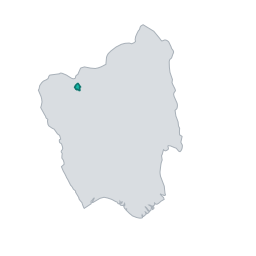 location of Birnin Magaji-Kiyaw, Zamfara, Nigeria, rotated 330°
{"feature_id": "59680162B42162352171568", "entity_name": "Birnin Magaji-Kiyaw", "entity_type": "district", "adm_level": 2, "iso_a3": "NGA", "parent_name": "Nigeria", "parent_adm1": "Zamfara", "projection": "equal_earth", "projection_center": [6.819, 12.47], "detail": "fine", "context": "in_parent", "style": "filled", "palette": "teal", "viewbox_px": 256, "rotation_deg": 330, "n_neighbors": 0, "source": "geoboundaries", "source_scale": "gbopen_adm2", "svg_char_len": 4520}
<svg xmlns="http://www.w3.org/2000/svg" viewBox="0 0 256 256"><g transform="rotate(330 128 128)"><path d="M192.7,46.1L198.7,57.1L200.1,65.3L200.6,69.3L201.6,69.8L203.5,70.0L204.8,70.8L205.7,72.1L206.2,73.4L206.3,74.1L205.9,79.1L205.5,80.8L205.8,83.3L205.7,84.3L205.5,85.0L204.7,85.8L203.6,86.6L200.9,89.0L200.1,89.3L199.0,89.4L198.0,89.9L196.8,91.2L194.3,95.9L192.2,100.7L190.7,108.3L188.8,110.7L188.5,112.8L188.2,117.6L187.9,119.1L187.6,119.5L185.6,120.4L184.4,121.5L183.7,123.7L182.9,131.0L182.5,132.3L181.9,133.5L180.8,134.9L179.9,135.7L177.6,136.2L175.4,141.7L175.3,142.7L174.4,147.8L172.7,151.6L172.6,154.0L170.4,157.4L169.3,159.7L170.5,162.0L170.6,162.4L166.9,166.5L166.6,167.1L166.5,169.9L166.2,170.6L165.5,171.6L164.5,172.8L163.5,173.6L162.4,174.2L161.3,174.5L160.7,174.1L160.3,173.3L159.7,169.8L159.3,169.1L158.6,168.4L155.8,164.7L154.0,163.4L153.7,163.5L153.4,163.8L152.9,165.7L152.4,166.4L151.5,166.7L149.9,166.7L148.8,166.4L148.5,166.0L147.9,164.5L144.4,168.0L143.2,168.7L141.6,172.8L139.3,174.8L137.8,176.6L133.7,182.1L132.9,183.7L132.0,186.1L130.3,196.5L127.4,203.0L127.1,204.4L126.9,204.3L126.5,204.9L125.4,204.5L124.9,203.3L124.2,203.1L123.1,201.4L122.8,201.7L124.0,206.1L123.6,207.9L120.1,207.9L117.1,208.5L115.0,208.5L114.0,207.8L113.5,206.1L113.3,206.3L113.2,207.2L112.6,207.9L110.3,208.1L109.2,206.9L108.4,205.6L107.5,205.1L107.7,205.6L108.7,206.9L108.6,208.6L106.7,210.7L105.5,210.9L104.8,210.0L104.4,208.5L104.2,206.3L103.7,204.9L103.4,204.9L103.8,207.3L103.8,209.5L104.7,211.2L103.3,211.7L101.7,211.7L101.5,211.1L101.3,209.7L101.0,209.3L100.6,211.7L97.3,212.4L96.8,212.3L96.7,211.9L96.9,211.2L96.9,210.1L96.1,210.9L96.0,212.6L95.6,212.9L94.3,212.6L92.9,211.8L90.6,209.7L87.9,206.3L87.4,204.8L86.6,202.9L85.2,197.7L85.4,197.5L86.1,197.8L86.4,197.3L85.2,196.9L85.0,196.5L84.9,195.4L85.0,194.0L86.7,193.3L87.1,192.4L87.4,191.6L85.2,192.9L83.2,191.4L82.8,190.5L83.0,189.9L85.3,189.8L86.1,189.1L85.6,188.9L84.7,188.9L84.4,188.5L84.4,187.4L84.2,187.7L83.8,188.6L82.4,189.3L81.6,188.6L81.5,187.1L81.4,186.4L80.7,185.8L78.3,181.8L75.3,178.4L72.6,176.0L68.6,174.9L60.2,175.0L59.7,174.7L60.2,174.1L61.0,173.8L63.7,171.9L63.2,171.6L60.4,172.8L59.4,172.9L58.2,175.2L49.9,175.7L49.9,174.6L50.3,171.7L50.8,169.6L50.3,167.1L50.1,164.8L50.5,164.1L50.6,163.3L50.5,157.5L51.0,156.6L51.0,156.0L50.1,153.5L50.2,151.7L50.0,149.8L49.7,149.0L50.1,141.9L50.0,140.2L50.2,138.9L50.4,135.9L50.4,132.9L51.0,128.2L54.5,127.5L55.4,125.7L55.9,123.4L55.7,121.0L56.9,119.0L58.3,117.2L58.2,115.3L58.6,114.7L59.3,114.2L60.2,114.0L61.3,113.0L61.9,111.3L62.5,108.5L61.6,106.6L61.6,106.2L61.9,105.1L62.5,104.1L62.9,103.8L64.0,104.1L64.3,103.6L65.0,100.6L64.9,99.8L64.0,97.8L63.5,92.3L63.2,91.6L62.4,90.6L60.5,86.7L60.5,84.9L61.4,82.5L61.9,81.4L62.7,80.8L62.8,80.2L62.6,79.6L62.2,79.1L62.1,78.0L62.5,76.6L62.4,75.0L62.6,66.7L64.3,65.1L66.6,62.4L67.8,59.6L68.4,57.5L69.3,50.4L70.5,49.7L72.8,47.1L76.0,45.6L78.1,45.1L81.7,45.4L83.6,45.2L85.1,43.8L85.8,43.4L86.8,43.1L95.8,46.8L96.7,46.6L97.4,46.9L98.5,47.9L101.1,51.3L103.9,56.6L104.8,57.7L105.7,58.3L106.6,58.5L107.2,58.5L107.9,57.9L108.7,56.9L110.1,56.5L111.2,56.6L116.8,52.5L117.3,52.5L120.8,53.3L125.5,57.4L129.4,60.1L132.1,61.0L135.3,61.6L140.7,61.8L144.7,56.1L146.2,54.8L148.1,53.7L151.9,52.7L158.2,51.9L164.1,52.2L167.8,53.2L171.6,55.1L173.3,56.9L176.0,57.2L177.8,56.8L178.4,55.0L180.3,52.7L183.1,50.6L185.4,49.1L187.3,48.4L189.0,46.7L190.3,46.1L192.7,46.1ZM110.5,210.4L109.2,210.9L108.4,210.8L109.5,208.4L110.1,208.9L110.8,209.1L110.5,210.4Z" fill="#d9dde1" stroke="#a8b0b8" stroke-width="1"/><path d="M105.2,71.2L105.2,70.8L105.6,70.5L105.8,70.3L105.9,70.0L105.9,69.4L106.1,69.0L106.2,68.7L106.4,68.6L106.6,68.4L106.8,68.5L106.8,68.4L107.4,68.5L107.3,67.6L107.3,67.4L107.2,67.3L107.2,67.1L107.2,66.7L107.2,66.3L107.2,66.1L107.1,65.9L107.2,65.7L107.1,65.3L107.1,65.2L107.1,64.9L107.1,64.6L106.9,64.4L106.7,64.3L106.3,64.2L104.8,64.7L104.5,64.7L104.3,64.7L104.2,64.7L104.1,64.8L103.9,64.9L103.8,65.0L103.7,65.0L103.7,65.3L103.6,65.5L103.4,65.7L103.3,65.8L103.2,65.8L103.1,65.7L102.9,65.7L102.7,65.8L102.6,65.7L102.3,65.8L102.2,65.9L102.3,66.2L102.1,66.3L102.1,66.5L102.2,66.8L102.2,67.1L102.3,67.2L102.5,67.6L102.3,67.7L102.2,67.8L102.2,68.1L102.3,68.1L102.3,68.3L102.4,68.5L102.5,68.6L102.5,68.8L102.6,69.0L102.8,69.1L103.0,69.1L103.3,69.2L103.5,69.2L103.5,69.3L103.4,69.5L103.5,69.5L103.8,69.7L103.9,69.8L104.0,69.8L104.1,70.0L104.3,70.2L104.3,70.7L104.4,71.2L104.7,71.3L104.9,71.4L105.0,71.3L105.1,71.2L105.2,71.2Z" fill="#14b8a6" stroke="#0f766e" stroke-width="1.5"/></g></svg>